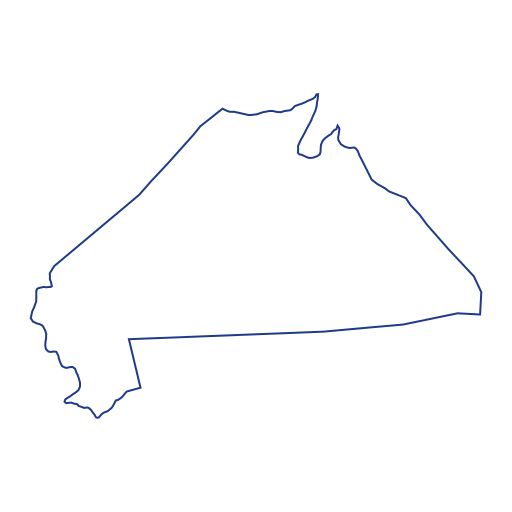 Santa María Lachixío, Oaxaca, Mexico (Natural Earth projection)
{"feature_id": "50627088B6141601826663", "entity_name": "Santa María Lachixío", "entity_type": "district", "adm_level": 2, "iso_a3": "MEX", "parent_name": "Mexico", "parent_adm1": "Oaxaca", "projection": "natural_earth1", "projection_center": [-97.056, 16.737], "detail": "fine", "context": "isolated", "style": "outline", "palette": "blue", "viewbox_px": 512, "rotation_deg": 0, "n_neighbors": 0, "source": "geoboundaries", "source_scale": "gbopen_adm2", "svg_char_len": 2515}
<svg xmlns="http://www.w3.org/2000/svg" viewBox="0 0 512 512"><path d="M341.0,144.3L338.3,139.9L338.1,137.7L338.9,132.8L339.4,129.0L339.0,127.8L337.6,125.6L336.4,129.1L334.2,130.1L332.2,132.4L331.2,134.0L328.4,135.7L326.5,137.1L324.1,139.1L322.6,140.9L321.0,144.7L320.8,146.9L320.6,150.2L320.5,152.3L319.6,154.5L317.2,156.2L312.9,157.7L309.1,158.0L305.5,156.6L301.7,154.8L299.3,154.3L297.9,152.6L298.2,149.2L298.0,146.2L300.3,140.8L303.1,135.8L305.0,132.2L307.0,128.2L309.2,124.2L311.2,120.5L312.5,117.0L314.1,113.6L315.4,110.8L316.3,107.5L316.8,105.1L317.0,102.6L317.5,99.8L317.8,98.1L318.0,94.2L316.5,94.4L315.1,97.0L312.7,98.9L308.6,100.5L305.2,102.2L301.8,103.7L298.6,104.7L294.8,106.1L291.8,109.3L290.0,110.3L284.6,111.0L280.8,112.2L276.7,111.9L272.6,111.0L269.4,111.0L263.0,112.2L256.7,114.3L251.9,114.9L248.9,115.1L238.3,112.7L234.0,111.8L229.9,111.8L227.3,111.0L222.5,108.7L200.3,126.3L193.2,135.1L192.9,135.4L168.3,162.9L151.4,180.9L139.1,194.9L54.2,266.1L50.2,272.5L49.7,273.8L50.0,276.6L49.8,278.9L51.2,282.8L51.4,284.4L51.9,286.0L51.5,286.5L50.5,287.0L48.5,287.0L46.0,287.3L44.1,286.9L41.1,287.5L38.1,288.3L37.2,288.9L36.3,290.7L36.3,293.8L36.3,297.7L36.2,301.4L35.3,303.9L33.8,308.1L32.6,310.4L32.5,310.9L32.1,311.8L31.9,312.9L30.7,318.2L33.0,321.6L37.0,323.5L39.6,324.1L41.1,324.9L42.0,325.2L43.4,327.0L45.3,330.8L46.3,334.2L46.1,335.8L46.1,338.4L45.6,341.1L45.3,344.0L45.3,346.1L46.0,349.2L48.3,351.5L51.2,352.0L52.7,351.5L53.4,351.5L55.4,351.7L56.4,351.9L57.3,353.6L58.4,355.9L58.8,358.3L60.3,362.5L60.9,363.9L62.0,366.0L64.5,367.4L66.6,367.9L68.6,367.4L71.1,367.0L72.6,367.0L75.0,368.7L75.7,370.4L76.4,372.6L77.6,374.9L78.7,378.0L80.0,382.6L80.0,386.6L78.4,390.2L75.8,392.4L73.2,394.0L70.3,396.2L67.7,397.8L65.3,399.4L64.5,401.7L66.3,403.2L68.4,402.9L71.2,402.6L73.7,403.5L77.5,404.3L78.5,405.9L81.3,406.8L84.1,407.9L87.1,407.5L88.5,407.8L90.9,409.8L93.0,412.7L94.8,415.1L95.3,416.2L96.0,417.3L97.6,417.8L98.7,417.5L99.9,416.2L101.6,414.2L103.7,412.7L106.2,411.7L107.9,411.0L111.6,407.9L113.1,405.7L114.9,402.3L115.9,400.4L118.1,399.9L121.3,397.7L123.1,395.9L125.1,393.3L126.8,391.5L140.5,387.7L128.9,339.2L155.0,338.2L294.4,332.8L324.5,331.6L326.1,331.4L371.6,327.3L402.8,324.6L457.6,313.3L480.1,314.5L481.3,292.2L473.9,276.4L465.0,266.8L448.3,249.0L426.8,224.5L419.5,214.6L410.7,205.3L405.8,198.1L389.0,191.4L384.8,188.2L377.7,184.3L371.7,179.7L361.8,159.9L359.4,155.4L357.8,151.0L355.9,148.6L354.1,147.5L349.3,148.0L344.8,146.7L341.0,144.3Z" fill="none" stroke="#1e3a8a" stroke-width="2"/></svg>